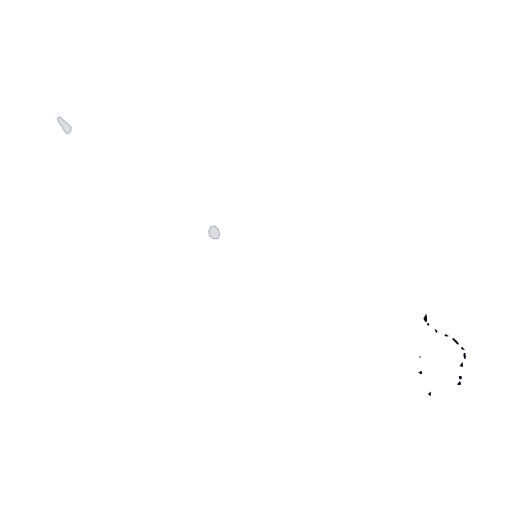 Laamu highlighted on a map of Maldives, rotated 300°
{"feature_id": "MDV-5239", "entity_name": "Laamu", "entity_type": "Atoll", "adm_level": 1, "iso_a3": "MDV", "parent_name": "Maldives", "parent_adm1": "", "projection": "mercator", "projection_center": [73.461, 1.946], "detail": "fine", "context": "in_parent", "style": "filled", "palette": "ink", "viewbox_px": 512, "rotation_deg": 300, "n_neighbors": 0, "source": "natural_earth", "source_scale": "10m", "svg_char_len": 1625}
<svg xmlns="http://www.w3.org/2000/svg" viewBox="0 0 512 512"><g transform="rotate(300 256 256)"><path d="M275.1,31.4L271.7,33.2L268.5,32.5L267.4,30.2L269.0,26.8L271.6,22.4L273.5,17.7L276.1,15.1L278.2,16.0L278.0,18.6L277.0,22.3L276.4,27.0L275.1,31.4ZM256.4,213.9L252.2,214.3L249.7,210.9L250.2,206.0L253.5,202.7L258.6,202.4L261.5,205.5L260.0,210.2L256.4,213.9Z" fill="#d9dde1" stroke="#a8b0b8" stroke-width="1"/><path d="M285.9,433.0L289.3,433.0L289.0,433.3L288.4,433.8L285.9,435.3L284.7,435.9L284.7,435.1L285.0,434.4L285.9,433.0ZM283.0,467.6L282.2,471.7L281.6,473.6L280.7,475.3L282.4,469.1L283.0,467.6ZM276.2,485.1L274.8,486.3L272.5,488.0L272.4,488.0L272.4,487.9L272.2,487.8L272.7,487.2L273.1,486.7L274.1,486.0L276.2,485.1L276.2,485.1ZM253.2,492.2L253.2,492.3L253.4,493.1L253.8,493.9L253.6,494.3L253.3,494.4L252.1,494.5L252.1,493.7L252.5,493.2L253.0,492.8L253.2,492.2ZM246.3,495.2L248.4,495.7L247.4,496.9L247.0,496.8L246.9,496.8L246.7,496.1L246.3,495.2ZM263.4,488.2L265.6,488.3L264.2,489.5L263.7,489.5L263.6,488.8L263.4,488.2ZM237.0,456.1L237.5,456.5L238.1,456.8L238.2,457.1L237.2,457.7L236.7,457.3L236.7,457.0L237.0,456.6L237.0,456.1ZM224.2,475.4L222.7,476.1L222.7,475.1L223.0,474.9L223.4,475.1L223.6,475.2L224.2,475.4ZM283.5,438.3L282.7,440.2L282.7,440.3L282.5,439.6L282.7,439.2L283.1,438.8L283.5,438.3ZM282.4,459.0L282.4,461.1L282.0,460.6L282.0,460.2L282.4,459.0ZM279.8,479.8L279.1,481.4L279.0,481.7L278.8,481.1L279.0,480.6L279.4,480.3L279.8,479.8ZM281.3,449.2L281.1,450.1L280.6,450.0L280.9,449.6L281.3,449.2ZM250.6,448.0L250.6,448.8L250.5,448.5L250.6,448.0Z" fill="#0f172a" stroke="#020617" stroke-width="1.5"/></g></svg>